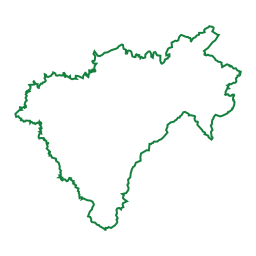 outline of Dam Rong, Lâm Đồng, Vietnam
{"feature_id": "81297802B48811804766969", "entity_name": "Dam Rong", "entity_type": "district", "adm_level": 2, "iso_a3": "VNM", "parent_name": "Vietnam", "parent_adm1": "Lâm Đồng", "projection": "albers", "projection_center": [108.207, 12.042], "detail": "fine", "context": "isolated", "style": "outline", "palette": "green", "viewbox_px": 256, "rotation_deg": 0, "n_neighbors": 0, "source": "geoboundaries", "source_scale": "gbopen_adm2", "svg_char_len": 5648}
<svg xmlns="http://www.w3.org/2000/svg" viewBox="0 0 256 256"><path d="M88.0,216.4L90.2,217.0L91.2,218.9L91.2,221.1L92.0,222.1L95.1,222.6L97.0,224.7L99.1,225.2L99.5,226.1L103.6,228.4L105.1,229.8L105.7,229.7L105.7,227.9L107.6,228.0L108.7,227.0L111.0,228.0L115.0,225.3L117.2,222.5L117.2,221.2L116.5,219.6L117.7,218.3L116.0,215.1L117.0,213.3L116.5,209.8L117.3,208.4L119.3,208.0L121.0,209.4L121.4,208.0L123.4,207.1L122.6,204.6L122.9,203.2L127.0,201.3L123.4,198.7L122.9,197.5L123.8,195.2L122.2,194.0L126.2,193.1L128.4,189.8L128.5,187.7L127.5,185.5L127.6,184.3L128.6,183.6L128.1,179.6L130.3,177.3L130.7,173.5L131.9,169.2L133.2,166.9L134.5,166.2L135.9,162.7L140.6,160.7L140.4,156.9L141.0,153.5L146.7,150.2L148.9,150.4L149.5,143.9L151.0,144.1L151.5,143.4L153.0,142.9L153.7,141.7L157.5,141.5L159.0,140.1L161.1,139.3L162.8,137.9L167.5,132.5L166.1,130.0L167.5,126.8L167.5,124.9L170.7,122.4L174.0,121.6L175.4,120.2L176.4,119.8L177.9,117.7L179.6,117.6L180.1,116.2L181.5,115.3L183.3,112.3L185.0,111.9L187.8,113.4L189.0,114.3L188.9,115.4L190.6,115.2L194.6,116.0L195.1,116.8L194.5,118.5L194.9,120.3L195.8,121.6L197.4,121.6L197.9,122.1L197.3,124.7L202.1,130.0L202.8,131.5L204.9,132.5L205.3,133.7L204.7,134.2L208.2,135.7L208.6,137.3L211.5,139.6L212.6,138.0L212.5,137.3L211.6,136.7L211.0,131.8L212.5,130.0L210.8,125.4L211.8,124.5L212.3,119.9L213.5,118.6L213.4,117.8L214.2,116.4L215.6,114.8L220.1,116.4L221.8,116.0L227.2,113.5L227.6,112.7L228.3,112.5L228.3,111.9L229.0,111.9L232.1,109.6L232.1,108.5L232.9,108.3L234.2,104.8L234.5,102.3L234.4,101.5L233.3,100.6L233.6,99.6L233.0,99.3L233.2,96.9L234.1,95.7L233.9,94.7L232.6,94.6L230.6,96.0L228.6,95.4L228.4,94.6L227.6,94.2L225.5,94.9L225.1,94.5L225.7,93.9L225.6,91.8L227.2,88.7L228.9,88.4L227.6,87.2L228.2,86.3L227.4,85.5L228.8,85.2L228.7,84.5L229.2,83.9L231.0,84.3L233.6,82.7L234.8,82.9L235.7,82.5L236.4,81.1L235.9,78.4L237.4,77.0L237.5,75.6L238.6,75.3L239.3,75.7L240.1,75.0L240.6,72.2L239.6,72.6L239.8,71.4L237.3,70.3L235.8,68.3L233.5,68.5L231.6,66.2L231.1,66.0L230.3,66.6L229.2,65.8L229.5,65.3L227.0,64.3L222.1,67.2L221.9,66.6L222.4,65.8L221.4,64.1L221.6,62.7L220.2,62.0L217.9,61.6L217.1,60.7L215.6,60.1L214.7,58.3L212.3,55.8L209.4,55.5L208.0,54.7L206.4,55.4L204.6,54.8L204.5,54.0L205.2,53.8L204.8,52.1L203.9,51.0L208.1,47.9L212.5,42.3L215.2,40.4L218.7,34.9L217.4,34.7L212.3,31.4L213.6,28.9L213.5,27.6L212.8,27.0L209.3,26.2L208.4,27.3L205.1,28.9L204.1,30.3L204.7,32.1L202.4,32.9L199.1,32.9L199.0,34.7L196.7,35.5L195.3,37.3L193.2,38.2L191.1,41.3L190.7,40.9L190.9,39.3L190.2,38.0L189.2,38.1L188.0,37.0L186.4,37.0L181.6,35.0L180.8,35.1L179.1,37.1L178.3,40.3L176.7,41.0L175.4,40.7L171.6,42.6L172.0,47.2L169.6,47.8L168.1,48.7L166.1,53.1L166.3,55.4L169.4,54.3L169.5,56.5L167.8,57.5L167.8,58.4L164.8,59.6L164.8,60.8L163.8,62.4L162.0,63.7L161.3,63.4L160.3,60.8L160.4,55.7L157.1,55.3L155.3,52.1L154.2,52.2L153.6,53.0L152.8,57.8L151.2,56.6L151.3,54.3L150.0,51.6L149.3,51.4L148.2,51.7L145.4,54.5L145.2,57.5L142.9,58.1L141.6,57.0L140.4,58.3L140.1,57.0L138.8,56.6L139.4,55.3L138.8,54.8L137.4,55.2L136.4,54.3L135.7,55.0L135.6,56.9L134.8,57.2L132.4,56.4L131.3,51.7L130.3,50.9L128.8,50.5L127.8,50.9L127.1,53.5L125.8,53.5L126.0,49.8L123.6,48.8L123.0,45.0L121.8,44.5L118.6,46.4L117.7,47.8L115.9,48.8L111.5,50.1L107.6,52.3L104.3,52.8L103.2,54.2L100.1,56.0L97.9,55.9L94.5,51.3L93.5,53.9L95.2,56.1L94.8,60.0L94.3,60.9L92.7,60.9L92.3,61.4L93.5,63.4L96.4,63.6L94.8,65.7L94.2,68.3L95.4,70.8L95.0,71.4L94.1,71.5L93.7,70.0L92.4,69.5L91.6,70.7L92.6,71.6L91.0,72.3L89.8,71.4L89.7,70.3L89.2,70.3L89.4,73.6L87.4,75.2L88.6,76.0L88.3,77.0L85.7,74.9L86.2,73.5L85.3,72.8L83.2,76.0L82.9,78.2L78.5,76.2L75.8,75.8L75.8,78.0L76.5,78.8L74.3,78.6L72.1,79.2L70.1,78.2L70.0,76.1L68.5,77.2L66.9,76.0L65.4,76.9L64.7,76.7L64.4,76.0L65.3,76.0L65.3,74.5L64.1,72.9L63.4,73.1L63.6,74.6L61.9,75.6L59.4,75.1L57.4,75.7L56.0,75.4L55.2,73.4L53.2,72.4L52.8,73.8L51.8,74.4L51.3,75.7L48.0,77.0L46.6,76.6L46.0,74.9L44.8,74.3L45.1,77.2L44.5,78.1L45.8,80.6L44.6,82.1L42.8,82.5L42.3,83.7L40.9,83.6L39.0,86.4L38.8,87.9L38.1,87.7L37.4,86.6L37.6,84.1L36.0,84.1L33.9,81.3L33.5,81.8L34.7,83.8L34.0,84.6L29.3,84.9L30.6,86.9L30.2,88.9L28.9,90.0L29.8,91.2L29.1,91.5L27.7,90.7L26.9,91.0L26.2,92.0L27.4,92.5L25.7,94.3L26.8,95.9L25.6,97.8L26.8,100.6L25.5,101.6L24.6,104.3L25.8,105.6L25.9,107.2L25.1,107.6L25.2,106.7L24.7,106.3L22.6,107.8L20.0,107.3L20.1,108.2L21.7,109.9L19.2,110.2L15.4,113.9L16.2,116.9L18.4,116.3L19.3,117.7L20.3,118.5L21.2,118.6L20.9,120.2L22.8,120.4L23.8,121.7L25.2,121.3L25.5,120.6L30.0,120.8L30.2,122.8L30.8,121.9L31.7,121.9L33.3,123.4L34.4,123.0L35.3,124.0L37.7,122.6L38.7,123.2L39.3,121.7L39.8,122.9L40.5,122.3L41.1,122.7L41.2,124.0L40.7,124.3L40.0,123.8L39.8,125.0L41.1,126.4L41.6,128.5L41.2,128.9L40.2,128.1L39.5,128.4L41.0,131.3L39.6,131.8L41.0,132.6L41.2,133.5L40.0,133.1L39.5,133.8L38.7,136.0L38.7,137.7L39.3,138.5L41.2,138.0L43.8,138.1L44.5,139.2L43.7,139.4L44.1,140.1L46.3,140.8L46.5,142.9L48.1,143.0L48.2,143.5L46.8,144.0L47.7,146.8L46.7,148.5L49.5,151.3L48.6,153.5L49.0,153.9L49.8,153.2L49.5,155.6L51.2,155.4L51.8,157.5L55.9,158.7L56.1,160.9L58.7,162.8L59.8,166.6L59.5,168.8L61.0,170.9L60.2,172.3L60.8,173.2L60.8,174.8L59.5,175.2L60.6,176.2L58.9,177.4L62.0,177.7L61.0,179.2L61.4,179.7L62.5,178.7L62.7,180.1L63.6,179.4L65.0,179.4L66.6,181.2L67.8,180.8L69.4,177.9L71.1,178.3L70.7,179.6L72.1,180.4L72.7,181.4L73.6,181.2L73.2,183.4L74.3,183.4L74.3,184.5L76.0,185.3L75.5,187.2L78.5,188.5L77.9,191.0L78.9,191.7L78.8,193.2L79.5,194.7L79.3,196.3L79.6,198.1L81.3,197.2L82.2,197.5L82.3,198.3L81.9,199.1L83.5,198.4L87.1,200.2L90.8,200.7L92.6,201.8L93.6,203.7L93.8,205.0L92.2,207.8L92.0,209.3L89.9,211.5L88.0,216.4Z" fill="none" stroke="#15803d" stroke-width="2"/></svg>